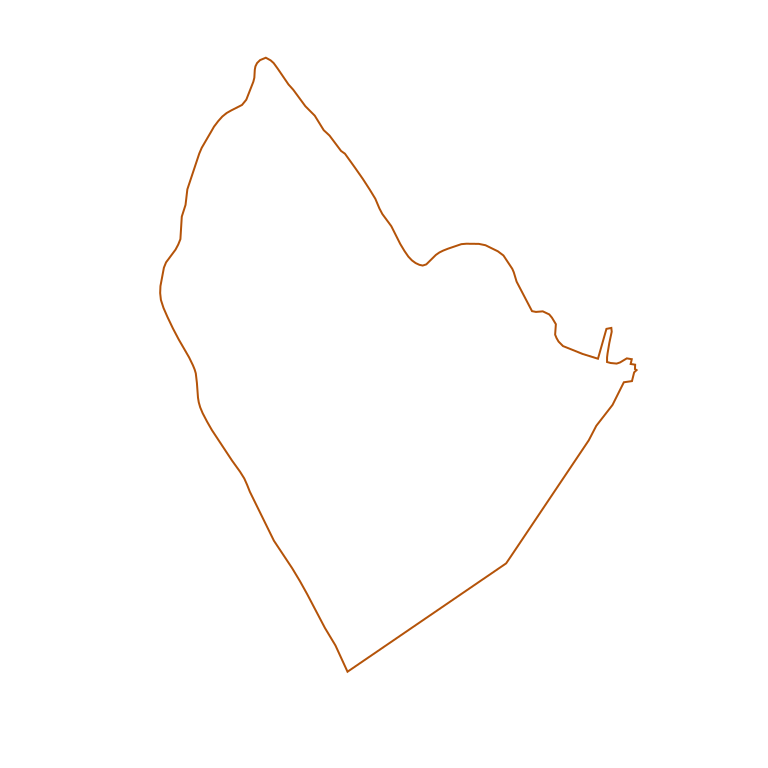 the district of Ngermasech, Palau, rotated 104°
{"feature_id": "81905179B83677896294556", "entity_name": "Ngermasech", "entity_type": "district", "adm_level": 2, "iso_a3": "PLW", "parent_name": "Palau", "parent_adm1": "", "projection": "albers", "projection_center": [134.129, 6.897], "detail": "fine", "context": "isolated", "style": "outline", "palette": "amber", "viewbox_px": 768, "rotation_deg": 104, "n_neighbors": 0, "source": "geoboundaries", "source_scale": "gbopen_adm2", "svg_char_len": 1734}
<svg xmlns="http://www.w3.org/2000/svg" viewBox="0 0 768 768"><g transform="rotate(104 384 384)"><path d="M309.4,142.3L308.8,144.1L304.5,145.0L304.9,149.5L300.0,149.6L300.4,154.6L306.0,160.2L307.9,163.2L308.8,169.2L308.7,172.9L304.2,174.0L300.1,174.5L289.7,175.3L278.2,175.7L274.6,177.0L276.7,181.5L307.7,182.5L306.8,198.6L303.9,219.5L300.6,224.9L297.7,227.7L294.7,229.9L284.4,231.7L279.0,237.1L276.5,240.5L275.1,247.5L277.3,254.0L277.5,258.0L252.6,280.1L244.2,285.1L241.2,287.4L230.4,299.2L227.7,305.6L224.8,319.1L225.1,325.9L228.0,338.1L229.6,342.8L237.2,354.6L240.2,358.8L243.0,362.1L246.2,364.9L257.7,371.9L259.7,375.1L259.8,378.5L259.0,382.6L257.3,386.8L254.5,391.2L250.0,396.3L244.2,402.1L229.1,415.1L219.5,426.7L214.8,430.9L206.4,437.2L198.7,445.0L190.1,454.2L180.7,465.0L170.0,477.6L168.3,482.0L156.1,497.0L152.3,503.9L140.4,516.1L133.5,527.5L120.4,543.3L116.5,549.1L103.5,563.7L99.3,568.7L97.4,572.3L96.0,577.6L99.7,582.6L103.3,584.8L106.9,585.6L110.3,585.4L118.2,583.9L122.3,583.9L141.5,586.4L147.6,589.3L155.4,598.3L159.2,602.3L163.6,605.6L168.9,608.4L175.4,611.2L180.7,612.7L198.9,618.0L205.1,619.0L242.7,621.9L258.2,619.9L270.5,620.7L292.7,616.6L298.5,617.4L304.1,618.8L318.7,624.9L324.4,625.7L343.1,624.6L349.9,623.2L356.4,620.8L363.6,616.3L371.5,610.2L381.2,602.2L390.5,593.9L405.4,579.5L412.1,573.9L415.8,571.2L419.2,569.2L428.2,565.8L442.2,561.2L446.6,559.3L451.1,556.7L456.2,552.9L463.4,546.5L470.4,539.8L495.1,512.9L503.9,502.5L509.5,496.7L515.0,492.4L521.0,488.1L562.7,452.9L585.0,428.5L595.6,417.9L606.5,407.7L634.9,382.4L649.5,367.8L672.0,349.8L528.5,222.1L520.6,219.2L389.1,171.7L373.2,167.9L349.0,157.2L324.3,151.7L321.2,144.1L312.2,144.1L309.4,142.3Z" fill="none" stroke="#b45309" stroke-width="2"/></g></svg>